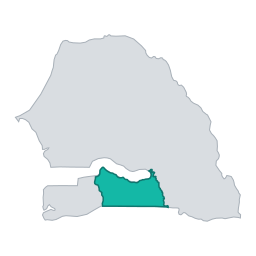 where Kolda sits in Senegal
{"feature_id": "SEN-774", "entity_name": "Kolda", "entity_type": "Region", "adm_level": 1, "iso_a3": "SEN", "parent_name": "Senegal", "parent_adm1": "", "projection": "natural_earth1", "projection_center": [-14.005, 13.12], "detail": "fine", "context": "in_parent", "style": "filled", "palette": "teal", "viewbox_px": 256, "rotation_deg": 0, "n_neighbors": 0, "source": "natural_earth", "source_scale": "10m", "svg_char_len": 5869}
<svg xmlns="http://www.w3.org/2000/svg" viewBox="0 0 256 256"><path d="M207.5,114.9L211.0,121.8L210.2,125.1L209.5,130.0L211.4,133.5L213.7,135.8L215.3,137.9L217.1,140.8L217.4,146.5L217.1,150.7L218.3,152.6L219.3,155.0L219.1,156.9L218.5,158.7L216.3,161.0L215.9,165.3L219.5,170.6L221.8,173.4L221.7,175.0L222.4,176.8L224.1,178.9L225.1,178.4L226.3,176.7L226.8,175.5L229.8,176.1L231.3,176.6L233.3,180.0L234.0,182.3L234.5,185.2L236.5,188.7L238.3,191.2L238.7,192.8L240.3,194.9L239.3,199.6L239.4,202.1L238.4,208.4L238.1,211.4L238.2,212.5L240.6,214.7L240.4,218.0L237.9,217.4L233.6,217.0L225.0,218.7L222.1,218.0L216.4,218.2L212.4,219.1L207.3,221.2L203.4,220.7L201.2,219.1L198.4,219.2L195.2,218.3L191.8,216.7L188.8,215.9L185.4,213.0L183.9,212.5L182.8,213.2L181.8,214.2L180.9,214.8L179.1,214.3L178.4,212.3L179.0,210.4L179.1,208.9L178.3,208.1L176.2,207.9L172.9,207.9L167.7,207.3L166.4,206.9L154.6,206.4L142.3,206.4L131.8,206.3L118.7,206.2L109.4,206.2L100.8,206.2L94.1,210.0L86.9,214.3L77.2,216.5L66.0,215.7L62.4,216.3L58.7,218.2L56.0,219.5L52.2,220.3L47.2,219.7L45.2,220.1L43.9,218.2L42.5,215.0L43.4,212.8L46.5,211.3L51.0,209.4L53.4,210.4L54.8,210.4L55.1,209.2L54.6,208.5L51.2,206.8L49.4,204.6L47.9,205.9L46.7,208.6L45.6,209.4L44.0,210.2L43.2,208.4L42.8,206.6L43.5,205.2L43.1,197.4L43.6,193.3L43.4,189.7L45.5,187.3L47.6,185.8L55.6,185.7L63.0,185.6L70.1,185.7L77.4,185.7L78.2,178.5L80.5,178.0L83.9,177.2L90.4,176.3L97.5,175.5L99.1,174.1L100.2,171.7L101.0,169.5L102.5,168.6L104.5,169.3L107.1,170.5L109.8,172.2L113.0,173.8L115.0,174.8L120.0,177.4L128.6,180.9L135.6,182.3L144.1,179.8L150.2,178.1L151.0,175.0L150.0,171.9L145.5,169.2L139.3,169.5L137.4,170.2L134.5,171.2L132.7,171.5L129.8,170.9L126.1,168.5L123.7,166.1L120.5,164.9L116.6,163.8L110.4,158.8L107.1,157.9L104.1,157.7L98.2,158.6L92.4,161.3L89.4,167.3L83.6,167.2L71.3,167.1L60.1,166.9L50.8,167.3L49.9,162.9L47.7,159.4L44.1,156.4L43.4,153.7L44.6,151.3L48.0,149.3L48.8,147.9L47.0,148.1L44.3,149.4L42.5,149.4L42.2,145.6L39.2,140.7L35.9,132.3L32.0,128.9L28.8,122.2L25.4,119.6L22.3,118.4L19.6,118.6L18.7,121.7L15.4,117.3L19.9,115.7L29.6,110.1L40.8,94.2L50.8,75.3L52.1,70.8L53.3,67.4L54.1,59.7L55.6,55.1L56.9,54.2L58.6,50.7L60.7,44.5L63.0,41.1L65.6,40.4L67.6,40.7L69.0,42.0L73.2,42.8L80.2,43.1L85.5,42.2L89.3,40.0L94.3,38.9L100.5,38.9L103.8,38.0L104.1,36.2L104.9,35.7L106.2,36.4L107.4,36.1L108.5,34.9L109.7,34.8L110.8,35.9L116.0,36.2L125.2,35.8L133.7,39.0L141.5,45.9L145.6,50.5L145.8,52.9L147.1,55.2L149.4,57.5L151.6,58.0L153.5,56.5L155.0,56.7L156.2,58.4L158.4,58.8L160.9,57.7L162.6,58.1L163.0,59.2L163.4,59.7L164.6,60.0L166.2,61.4L168.5,65.0L170.3,70.2L171.7,76.7L173.6,80.3L176.0,80.9L177.3,82.2L177.6,83.8L178.3,84.9L179.4,85.5L181.4,85.1L183.7,87.3L186.2,92.2L186.6,94.3L186.2,95.5L186.4,96.4L188.0,97.2L189.6,98.8L190.9,101.1L193.6,103.2L197.9,105.1L200.9,107.8L202.8,111.5L206.7,114.6L207.5,114.9Z" fill="#d9dde1" stroke="#a8b0b8" stroke-width="1"/><path d="M168.1,207.4L166.5,206.9L154.6,206.4L141.6,206.4L132.1,206.3L128.6,206.3L115.6,206.2L112.7,206.2L102.6,206.2L102.3,203.6L102.7,202.3L103.2,200.9L103.2,198.9L103.2,197.4L102.6,196.1L101.8,195.1L101.7,193.6L101.8,192.5L100.5,191.5L99.3,190.6L99.2,189.6L99.1,188.2L98.4,186.0L97.8,185.0L96.1,184.6L94.8,183.6L94.6,182.1L95.0,180.4L95.4,178.8L95.5,176.9L96.7,176.7L97.9,176.2L98.9,175.4L99.7,174.2L99.9,173.1L100.0,170.4L100.5,169.4L101.4,168.5L102.1,167.6L103.0,167.2L104.0,167.9L105.6,169.7L107.4,171.2L107.5,171.2L109.9,172.6L111.1,173.0L112.5,173.1L113.0,173.3L114.3,174.2L114.9,174.4L115.7,174.6L116.1,174.8L116.8,176.0L117.8,177.1L119.1,177.7L120.4,177.8L121.8,177.7L123.0,177.3L123.4,177.5L124.4,178.6L124.8,179.0L125.2,179.3L125.8,179.5L126.9,179.5L127.4,179.7L127.8,180.2L128.1,180.6L128.4,180.9L128.8,181.2L130.2,182.0L131.1,182.4L132.1,182.4L134.2,182.2L136.2,182.7L137.3,182.6L138.1,182.2L139.8,180.6L140.4,180.4L141.0,180.4L142.6,179.7L144.0,179.7L145.5,179.2L148.3,179.0L150.1,178.1L151.1,176.2L151.3,174.1L150.4,172.0L150.0,171.7L149.2,171.1L148.9,170.9L149.4,170.6L149.8,170.5L150.2,170.4L150.4,170.4L150.5,170.2L150.6,169.8L150.7,169.6L150.9,169.5L151.1,169.5L151.4,169.5L151.9,169.5L152.0,169.6L152.1,170.0L152.0,170.4L152.0,170.8L151.9,171.0L151.8,171.3L151.7,171.4L151.6,171.6L151.6,171.9L151.7,172.1L151.9,172.4L152.2,172.4L152.4,172.3L152.7,172.1L152.9,172.0L153.1,172.0L153.3,172.0L153.5,172.0L154.0,172.3L154.4,172.4L154.5,172.5L154.5,172.8L154.4,173.0L153.7,173.7L153.6,173.9L153.6,174.1L153.5,174.3L153.5,174.6L153.5,174.8L153.5,175.1L153.4,175.3L153.4,175.5L153.1,175.8L153.0,176.0L153.1,176.4L153.3,176.6L153.5,176.6L153.8,176.7L154.0,176.7L155.1,176.5L155.6,176.4L155.8,176.5L155.9,176.9L155.8,177.1L155.5,177.7L155.5,177.8L155.5,178.0L155.8,178.2L155.9,178.3L156.1,178.5L156.1,178.9L156.1,179.1L156.0,179.6L156.0,179.9L156.1,180.1L156.5,180.4L157.0,180.6L157.3,181.0L157.3,181.3L157.4,181.6L157.5,181.9L157.8,182.1L158.0,182.2L158.5,182.2L158.6,182.3L158.8,182.5L158.8,182.8L158.9,183.7L158.8,184.0L158.9,184.7L158.8,184.9L158.8,185.2L158.8,185.4L159.0,185.8L159.0,186.5L159.0,186.9L159.3,187.5L159.8,188.1L160.0,188.3L160.3,188.6L160.3,188.9L160.3,189.1L160.3,189.4L160.4,189.6L161.0,190.0L161.4,190.5L161.6,190.9L161.9,191.2L162.0,191.4L161.9,191.6L161.8,191.8L161.8,192.0L162.1,192.3L162.3,192.3L162.5,192.5L162.7,193.9L162.6,194.2L162.5,194.4L162.5,194.5L162.5,194.8L162.7,195.1L162.8,195.7L163.0,196.1L163.3,196.5L163.8,196.9L164.0,197.1L164.1,198.1L164.3,198.4L164.2,198.7L164.0,198.8L163.8,198.8L163.6,198.8L163.7,199.1L163.8,199.3L163.8,199.5L163.7,199.7L163.5,200.1L163.4,200.3L163.4,200.5L163.5,201.1L163.7,201.4L163.8,201.7L163.9,202.0L164.0,202.3L163.9,203.8L163.8,204.1L163.7,204.4L163.6,204.7L163.7,204.9L163.9,205.3L164.2,205.5L164.7,205.8L165.1,206.0L165.5,206.1L166.4,206.1L166.8,206.0L167.1,205.8L167.2,205.7L167.5,205.7L167.9,205.9L168.2,206.8L168.1,207.4L168.1,207.4Z" fill="#14b8a6" stroke="#0f766e" stroke-width="1.5"/></svg>